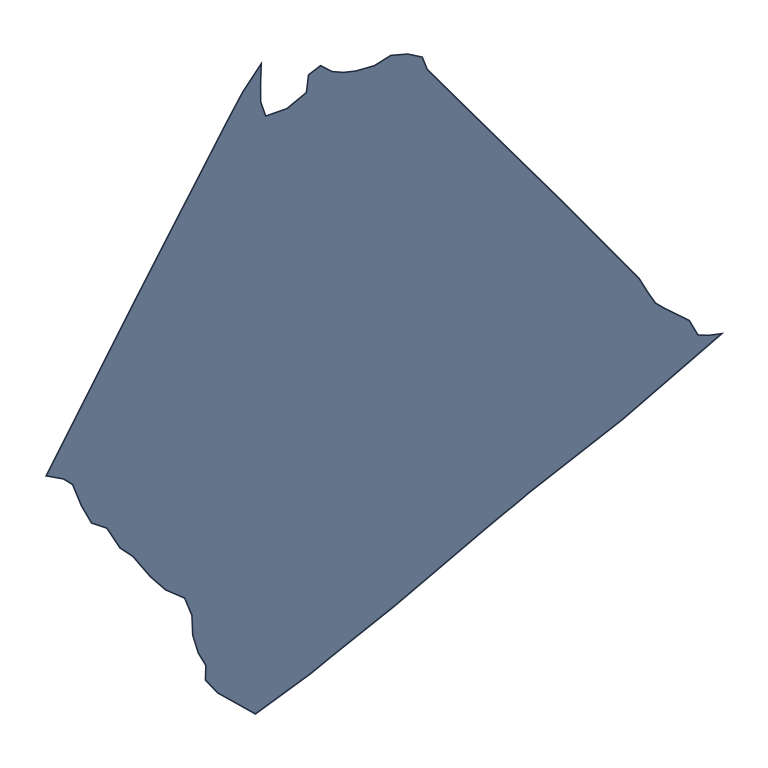 Treze de Maio, Santa Catarina, Brazil (Equal Earth projection)
{"feature_id": "56859067B60832354753392", "entity_name": "Treze de Maio", "entity_type": "district", "adm_level": 2, "iso_a3": "BRA", "parent_name": "Brazil", "parent_adm1": "Santa Catarina", "projection": "equal_earth", "projection_center": [-49.155, -28.57], "detail": "fine", "context": "isolated", "style": "filled", "palette": "slate", "viewbox_px": 768, "rotation_deg": 0, "n_neighbors": 0, "source": "geoboundaries", "source_scale": "gbopen_adm2", "svg_char_len": 880}
<svg xmlns="http://www.w3.org/2000/svg" viewBox="0 0 768 768"><path d="M721.9,333.6L708.8,335.3L698.0,335.0L689.3,320.5L675.1,313.5L664.7,308.4L655.4,303.0L648.4,293.1L639.3,278.7L560.3,199.4L551.8,191.2L514.1,154.5L457.7,99.3L427.2,69.3L422.3,57.1L407.7,54.0L390.8,55.4L374.5,65.6L355.8,71.0L343.5,72.4L331.9,71.5L320.6,65.6L308.5,74.9L306.4,92.5L286.9,108.6L265.7,116.0L260.7,101.8L260.6,83.7L261.3,63.6L242.8,91.9L227.2,121.1L189.5,194.4L180.1,212.5L134.2,301.9L46.1,475.9L63.5,479.0L72.6,484.6L81.3,505.6L91.6,523.1L106.9,528.2L120.0,548.0L133.0,556.5L141.2,566.1L150.5,576.8L165.6,589.9L184.6,598.1L191.9,615.3L192.7,635.1L198.2,652.9L205.8,665.4L205.4,680.1L217.9,693.1L236.3,703.3L255.4,714.0L310.7,673.6L330.4,657.4L350.1,641.6L394.6,606.0L486.3,528.2L502.6,514.6L516.2,503.6L528.9,492.8L622.7,419.3L721.9,333.6Z" fill="#64748b" stroke="#1e293b" stroke-width="1.5"/></svg>